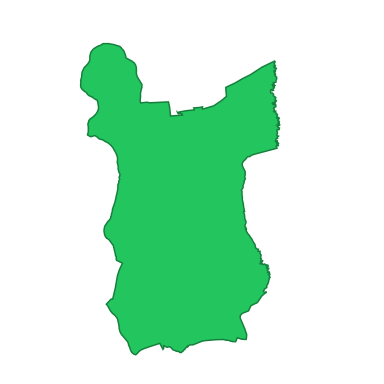 outline of Farcas, Dolj, Romania, rotated 353°
{"feature_id": "2599482B69484813321129", "entity_name": "Farcas", "entity_type": "district", "adm_level": 2, "iso_a3": "ROU", "parent_name": "Romania", "parent_adm1": "Dolj", "projection": "robinson", "projection_center": [23.752, 44.619], "detail": "fine", "context": "isolated", "style": "filled", "palette": "green", "viewbox_px": 384, "rotation_deg": 353, "n_neighbors": 0, "source": "geoboundaries", "source_scale": "gbopen_adm2", "svg_char_len": 6034}
<svg xmlns="http://www.w3.org/2000/svg" viewBox="0 0 384 384"><g transform="rotate(353 192 192)"><path d="M174.4,343.8L183.8,341.3L186.4,341.1L197.6,341.5L205.0,342.2L208.0,343.3L210.5,343.7L211.2,344.3L214.0,345.4L217.1,345.9L219.2,342.2L223.3,344.1L227.7,345.0L228.1,344.2L228.9,340.2L227.7,334.2L224.4,322.8L225.0,320.3L227.3,318.5L233.6,316.9L236.7,312.0L241.2,310.4L242.3,310.2L243.8,309.3L248.5,303.8L251.9,301.5L253.3,300.9L253.5,300.4L253.3,300.1L252.1,300.4L251.0,299.9L250.7,299.4L250.9,298.8L251.9,297.9L252.0,297.2L254.6,295.9L254.7,293.9L255.9,292.8L256.1,292.1L256.9,291.0L257.5,288.8L258.0,287.9L258.1,287.0L259.1,286.3L258.1,283.7L259.1,283.6L259.3,283.0L258.7,282.4L258.9,282.0L257.6,281.3L258.8,280.8L257.5,279.6L257.1,278.8L257.3,278.5L258.8,277.6L258.7,276.8L257.1,276.7L256.8,276.5L256.7,276.0L257.0,275.5L258.7,274.8L258.2,273.7L256.9,274.0L256.5,273.8L256.8,273.4L255.2,272.3L254.1,272.8L253.5,272.4L253.3,272.0L251.5,271.9L250.9,271.5L251.1,271.0L252.3,270.8L251.5,270.1L251.7,269.9L252.9,269.7L253.8,269.0L253.7,268.7L253.4,268.5L252.0,268.7L251.9,268.1L252.6,266.6L252.0,266.2L252.9,262.8L252.1,261.9L252.3,259.1L250.4,258.9L250.9,256.9L249.9,256.7L248.5,255.4L248.1,253.3L248.2,252.1L246.3,248.0L245.8,246.2L244.3,243.7L243.8,242.4L242.3,240.1L240.9,236.8L241.4,235.8L240.5,235.3L240.6,235.0L241.3,234.7L240.9,233.3L240.4,233.0L240.4,232.1L240.7,231.0L241.9,229.0L241.9,227.9L241.9,227.0L241.2,225.4L241.3,220.9L240.8,218.2L241.8,217.8L241.7,217.1L241.4,217.0L241.7,215.5L241.4,213.5L241.5,209.9L241.0,205.8L241.3,204.1L241.3,200.2L241.7,197.6L241.2,196.2L243.2,194.0L243.5,191.5L244.4,189.9L245.8,186.2L246.6,185.4L246.1,183.4L246.8,181.8L247.1,179.9L247.2,178.0L246.7,176.3L246.0,174.9L245.1,171.7L245.5,169.5L246.8,167.8L248.8,166.4L251.4,163.8L253.7,163.9L255.3,162.8L258.8,162.1L281.7,158.9L281.2,156.7L282.3,156.4L283.1,156.6L283.5,156.2L283.3,155.7L282.2,155.2L282.1,154.7L283.4,154.7L283.8,154.2L283.0,153.3L282.2,153.2L281.9,152.9L282.7,152.5L283.0,151.9L282.9,151.5L281.1,151.7L282.0,149.4L283.4,149.1L283.2,148.5L283.4,148.0L284.6,147.1L283.1,146.3L283.4,145.0L284.0,144.2L284.0,142.8L283.7,141.6L284.1,140.5L285.7,140.8L286.1,140.6L286.6,139.1L285.2,138.6L284.8,137.5L286.8,136.4L284.9,135.9L286.9,135.3L286.9,134.4L285.8,134.1L286.2,133.3L286.9,133.6L287.1,133.4L287.0,132.3L286.5,132.1L285.9,131.2L286.2,130.8L286.7,130.7L287.5,129.4L287.1,129.1L286.2,129.5L285.3,129.2L285.4,128.8L286.7,128.5L285.4,127.5L286.2,125.9L285.7,124.8L285.0,124.6L285.1,123.8L284.3,123.1L284.8,122.5L284.9,121.9L283.0,122.0L283.4,121.4L283.5,120.5L283.8,120.2L283.2,118.8L283.3,118.4L283.6,118.1L284.1,118.2L284.4,117.9L285.6,117.6L285.8,115.8L285.4,115.2L284.7,115.6L283.5,115.2L282.5,114.4L282.4,114.0L283.1,113.4L283.4,114.2L284.0,113.6L284.2,114.4L285.2,114.1L284.9,113.2L285.8,113.0L285.6,112.5L286.4,112.3L286.8,111.6L286.0,111.2L286.1,110.4L285.7,109.9L286.6,108.8L286.7,108.4L284.6,106.5L284.5,105.9L284.9,104.9L283.7,103.5L282.6,103.5L282.3,103.2L282.1,102.6L282.5,101.6L282.3,100.8L282.7,100.2L283.5,99.9L283.9,100.0L283.9,100.6L284.2,101.2L285.2,101.1L284.7,100.0L286.0,98.9L285.5,97.8L285.4,97.4L285.7,97.2L286.4,97.9L286.6,97.0L287.4,96.4L287.0,96.0L285.2,96.5L284.8,95.3L285.9,95.4L286.5,95.1L286.5,94.7L285.9,93.8L285.9,93.5L286.5,93.7L287.1,93.4L288.7,93.2L289.0,91.4L289.9,89.8L290.0,88.3L288.6,86.9L288.6,86.6L289.2,86.0L288.4,85.2L289.0,84.5L288.4,84.0L288.4,83.4L288.0,82.6L288.1,82.4L289.3,82.7L289.4,82.4L288.8,81.4L289.7,81.3L289.8,80.6L290.7,79.9L290.1,78.5L289.0,78.8L288.7,78.5L289.5,78.1L288.7,76.9L290.0,76.6L289.3,75.4L289.5,74.8L289.2,74.2L290.1,73.5L290.3,72.8L289.9,72.1L276.5,76.7L264.5,82.6L255.6,85.8L248.4,88.9L238.3,92.3L238.0,96.2L237.9,101.3L232.3,104.9L224.1,109.1L213.0,111.0L212.2,110.7L212.8,108.8L210.2,109.0L204.0,108.8L204.3,109.9L204.3,110.8L196.5,110.6L191.3,110.9L188.7,111.1L188.6,111.9L188.4,112.0L187.9,111.9L187.3,111.2L187.4,111.8L188.4,112.7L190.0,112.5L190.9,112.9L191.7,113.6L191.9,114.5L180.0,114.0L180.1,104.8L179.6,99.7L160.7,98.3L159.1,97.6L157.8,97.4L151.9,97.3L151.6,95.1L152.6,90.9L152.8,88.2L154.1,84.0L155.0,82.3L155.4,79.1L152.2,72.1L151.5,70.0L151.2,67.8L151.9,62.2L151.6,59.5L150.6,57.1L148.5,54.9L142.8,50.8L142.7,48.4L141.7,44.2L141.0,42.7L139.7,41.2L139.2,39.9L138.0,38.7L132.2,36.1L127.1,34.5L121.9,33.9L118.3,35.5L117.2,35.5L112.9,37.3L111.0,38.5L108.7,40.9L107.8,42.9L107.1,45.1L106.8,48.2L105.6,50.5L104.1,52.2L100.0,55.6L97.6,59.5L97.1,61.1L96.4,64.7L95.1,67.6L95.2,68.8L94.4,72.7L94.5,74.7L95.5,76.8L97.4,78.9L99.1,80.1L100.3,82.5L101.8,84.0L104.1,85.3L107.8,88.6L108.8,88.9L109.4,90.9L109.6,96.0L109.4,97.6L108.9,99.1L107.3,101.7L105.5,103.5L103.5,105.1L99.6,107.2L98.5,108.3L96.9,112.0L97.0,114.8L96.6,118.2L96.2,120.3L95.2,122.6L98.1,124.8L102.2,124.2L102.9,124.4L104.9,126.2L106.3,128.0L109.8,129.4L111.6,131.0L114.8,133.1L117.3,135.9L118.9,138.4L121.5,144.8L122.2,148.2L122.1,150.6L121.4,153.5L121.9,157.7L121.5,160.0L121.8,163.1L122.7,165.8L122.2,167.3L121.4,168.5L121.8,170.5L121.0,171.7L120.6,172.5L120.6,173.4L119.4,175.6L118.7,180.2L114.3,192.7L111.0,199.3L110.4,202.0L109.5,203.7L108.9,206.0L108.3,206.7L108.0,208.1L106.5,209.8L105.1,210.8L101.3,215.2L100.5,217.3L99.9,219.8L100.0,223.5L100.7,225.9L101.7,227.6L102.8,228.2L104.1,229.7L107.4,235.6L108.3,243.7L108.4,246.1L109.0,246.8L108.6,249.5L108.7,250.3L108.9,250.7L114.3,254.2L110.3,260.6L107.7,266.3L104.3,277.6L100.2,288.7L98.7,288.4L93.3,292.9L94.4,294.7L96.8,300.5L98.4,302.9L100.7,305.3L102.2,307.9L102.6,308.9L103.2,315.1L103.1,318.8L103.5,321.9L104.6,324.7L109.8,332.7L110.2,333.8L110.5,336.4L111.4,339.5L111.9,342.1L112.9,344.2L114.9,346.1L116.1,346.6L117.1,346.3L120.0,343.8L122.4,342.4L128.2,340.9L141.6,338.3L144.0,344.6L144.9,343.5L145.1,341.1L148.2,343.0L149.0,343.1L150.4,342.6L152.7,344.3L153.3,345.7L154.1,346.5L155.9,347.3L156.8,348.0L159.7,348.8L160.2,349.7L161.4,350.1L163.4,349.1L165.1,347.4L165.7,347.4L166.0,346.7L168.1,345.0L168.3,344.8L168.3,345.4L168.6,345.4L170.8,343.5L174.4,343.8Z" fill="#22c55e" stroke="#15803d" stroke-width="1.5"/></g></svg>